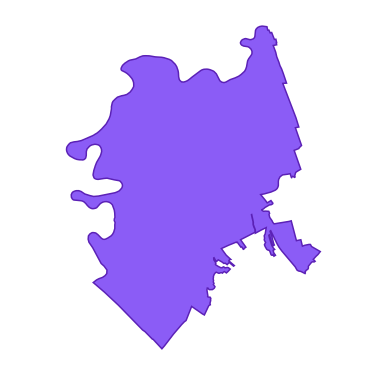 Trifesti, Iasi, Romania (Mercator projection), rotated 257°
{"feature_id": "2599482B92567311589859", "entity_name": "Trifesti", "entity_type": "district", "adm_level": 2, "iso_a3": "ROU", "parent_name": "Romania", "parent_adm1": "Iasi", "projection": "mercator", "projection_center": [27.494, 47.452], "detail": "fine", "context": "isolated", "style": "filled", "palette": "violet", "viewbox_px": 384, "rotation_deg": 257, "n_neighbors": 0, "source": "geoboundaries", "source_scale": "gbopen_adm2", "svg_char_len": 6031}
<svg xmlns="http://www.w3.org/2000/svg" viewBox="0 0 384 384"><g transform="rotate(257 192 192)"><path d="M336.2,302.2L337.6,298.5L337.9,297.5L338.0,295.2L337.5,292.9L336.2,291.0L335.1,290.2L329.5,288.3L328.4,287.6L327.8,286.8L327.4,285.9L327.2,283.6L327.5,282.5L329.4,278.9L329.5,277.8L329.1,275.4L328.5,274.3L326.9,272.9L326.1,272.7L325.0,272.9L324.0,273.4L322.6,275.1L321.0,279.1L320.0,280.3L317.8,281.7L315.5,282.1L313.2,281.5L312.0,280.5L309.1,277.2L307.3,275.7L301.7,273.3L299.6,272.0L297.8,270.4L295.4,266.2L294.3,263.5L293.5,259.7L292.9,254.5L291.5,249.8L291.4,247.8L292.4,245.6L294.3,244.1L301.6,242.3L304.4,240.6L305.3,239.7L307.1,237.1L307.9,235.5L308.4,234.1L308.9,231.2L308.8,229.4L308.3,227.7L303.9,217.8L302.4,214.8L301.5,212.6L301.1,210.5L301.0,208.6L301.7,206.5L303.6,205.2L304.6,204.9L307.2,204.9L311.3,205.6L313.4,205.7L317.4,205.3L320.2,204.4L324.7,201.6L326.4,199.6L329.1,195.0L330.1,192.7L331.9,186.7L334.2,181.2L335.2,177.6L335.7,174.8L335.4,171.8L334.3,167.1L334.4,161.3L334.1,159.5L332.6,155.5L331.0,152.8L329.0,151.1L327.8,150.5L326.7,150.6L326.1,151.0L323.7,153.9L322.0,155.5L319.6,157.2L316.0,159.0L314.1,159.5L311.6,159.7L309.0,159.2L307.7,158.8L305.3,156.6L303.3,154.2L301.7,150.5L301.5,147.5L301.6,145.0L301.2,140.7L299.7,137.9L298.1,135.4L296.9,134.4L293.3,132.7L291.1,132.2L284.9,129.6L282.0,127.7L277.6,123.7L273.8,118.3L272.1,115.4L270.8,112.8L269.2,107.8L267.0,95.7L267.0,91.8L267.4,88.2L267.3,84.6L266.1,82.5L264.3,80.5L263.2,79.8L261.7,79.3L260.2,79.1L258.0,79.4L256.3,80.0L254.5,81.2L251.0,85.1L249.7,87.1L248.8,89.3L247.8,92.9L247.9,94.1L248.4,95.2L249.1,96.1L251.4,97.2L255.1,98.1L256.8,99.0L257.6,99.5L259.4,102.1L260.0,103.3L260.4,104.9L260.4,107.8L260.2,108.7L259.6,110.1L259.0,111.3L258.1,112.2L257.0,112.8L255.6,113.2L253.9,113.4L251.6,113.0L249.0,111.6L247.4,110.5L242.4,105.8L239.5,103.8L235.1,101.2L231.4,99.6L230.4,99.4L228.0,99.7L227.2,100.1L226.3,101.2L225.8,102.2L225.4,103.4L225.0,109.1L224.6,112.3L221.3,119.1L219.3,123.8L218.4,124.6L216.3,125.6L214.9,125.8L213.5,125.6L211.9,124.7L210.8,123.3L209.5,121.4L209.0,119.4L208.6,116.9L209.1,99.9L209.8,95.1L211.6,91.5L214.2,87.1L217.4,84.1L218.7,82.1L219.3,79.7L219.3,78.3L219.1,76.9L218.8,75.9L218.2,75.0L216.5,73.7L214.0,73.3L212.2,73.8L211.4,74.3L210.8,75.0L208.4,82.1L207.7,83.4L206.5,84.7L204.7,85.9L202.4,87.0L200.2,88.4L199.1,89.6L198.3,90.8L198.0,91.8L197.9,92.9L197.9,94.6L198.2,95.7L201.1,99.7L201.8,101.3L202.2,103.1L202.2,104.9L201.8,106.7L201.0,108.4L200.3,109.4L199.1,110.5L197.5,111.5L192.0,112.2L189.1,112.0L184.6,111.2L183.3,110.3L181.7,109.8L179.5,110.2L177.4,109.4L173.9,108.6L170.5,106.7L168.6,105.0L167.4,103.2L166.1,99.6L165.5,97.0L165.6,95.8L166.0,94.7L166.5,94.1L167.7,93.1L171.8,90.6L173.7,89.0L174.5,87.2L174.9,85.6L174.5,84.2L174.0,82.9L172.5,81.2L169.4,80.2L166.2,80.3L160.1,82.7L142.8,87.4L139.5,89.7L135.1,91.6L131.7,90.6L130.0,88.4L128.9,85.5L128.5,81.9L127.8,79.2L126.0,75.4L114.2,84.1L98.3,94.8L68.7,112.8L66.5,114.8L57.5,120.3L57.3,120.9L46.0,127.4L48.3,130.6L57.7,142.0L65.1,152.0L67.3,155.4L68.1,157.3L80.6,165.9L70.9,174.7L69.4,176.4L76.9,182.3L77.7,183.1L78.0,184.5L79.6,184.5L82.0,185.8L82.6,185.7L83.3,186.1L83.7,186.0L84.1,186.4L85.4,186.0L86.0,184.2L86.5,183.7L87.3,184.1L93.2,184.5L95.0,185.3L94.5,186.2L93.7,186.3L92.9,187.0L92.3,190.0L93.2,192.0L94.5,193.1L97.0,192.0L98.0,192.9L99.6,192.5L100.9,193.1L102.6,193.1L103.7,193.6L104.8,193.8L106.8,195.1L108.2,196.8L108.4,197.6L106.8,199.8L106.7,200.3L106.9,201.8L106.7,202.7L106.1,203.5L106.8,204.4L107.2,205.6L105.4,207.3L106.5,209.3L108.3,211.9L110.1,210.4L110.5,209.7L110.7,207.1L111.9,206.1L112.0,205.6L111.5,204.4L111.8,203.0L113.9,200.5L115.9,198.6L116.4,198.6L117.0,199.2L118.7,198.9L121.0,198.0L122.9,198.3L123.0,198.7L120.2,199.5L118.8,200.4L120.0,202.3L116.9,205.6L115.2,207.0L115.2,208.3L113.3,209.9L115.0,212.4L110.4,215.8L110.8,216.7L116.6,212.4L117.2,212.9L117.6,213.4L117.6,214.6L122.8,211.1L130.3,207.9L131.9,215.7L133.2,223.8L132.8,224.0L132.9,224.8L127.3,227.2L127.4,228.1L124.6,229.1L124.6,229.3L124.8,229.8L125.3,229.8L125.4,230.0L125.5,230.7L126.1,232.1L134.6,228.6L138.6,244.4L141.6,244.9L143.9,244.4L146.5,244.2L149.3,244.8L156.5,244.8L156.6,245.1L148.8,245.0L146.5,244.4L140.9,245.2L137.6,244.5L139.4,251.0L140.6,256.3L134.7,253.9L133.1,252.5L130.6,252.3L129.5,251.7L128.3,251.7L126.4,252.4L124.3,250.7L122.3,251.0L119.4,251.9L118.5,252.7L117.8,254.0L116.9,254.5L113.2,254.9L112.6,255.3L112.3,256.0L112.7,256.9L111.0,257.4L111.6,259.1L114.4,258.0L116.7,257.9L117.0,258.0L117.4,259.6L119.5,258.5L122.1,257.7L130.1,257.1L132.6,257.1L132.9,257.9L123.1,258.4L121.3,258.9L121.8,260.3L123.3,260.0L131.6,259.8L136.0,259.2L136.3,259.3L136.6,260.0L122.2,263.3L118.8,264.3L114.6,266.1L95.9,275.7L92.2,276.8L91.1,278.0L90.1,280.2L87.1,283.8L87.5,284.2L89.0,284.3L89.2,284.8L90.2,285.9L90.5,287.2L90.9,287.7L91.7,288.3L93.3,288.6L93.7,288.9L96.6,292.7L96.9,293.9L96.5,294.8L96.4,295.4L96.8,296.4L99.1,295.0L101.5,298.5L102.7,300.6L105.1,303.6L112.0,296.2L114.2,295.6L114.6,294.3L114.7,290.6L114.7,289.6L114.4,287.4L121.0,287.3L121.1,282.8L141.6,282.2L141.5,280.0L142.5,264.8L144.2,263.9L146.1,263.5L149.8,262.0L152.9,262.0L153.7,262.8L155.9,262.5L156.9,259.1L157.1,257.4L158.4,256.0L159.0,256.0L159.4,257.7L160.5,259.7L162.0,264.5L161.8,266.2L162.0,267.2L162.2,267.4L162.3,267.9L162.9,268.3L165.9,267.0L164.5,262.8L166.8,261.9L174.1,258.3L173.9,261.7L174.2,269.0L175.0,273.4L175.7,275.0L176.4,275.9L177.6,276.9L178.9,277.6L183.2,278.6L184.8,279.3L187.0,281.2L188.3,284.1L187.8,289.5L187.8,291.7L183.8,292.1L183.6,292.3L183.9,292.5L184.6,293.7L184.3,294.2L183.2,295.1L183.2,295.5L183.6,295.8L184.8,295.8L187.7,297.4L188.3,298.7L189.7,303.1L209.6,300.9L210.3,305.9L211.0,306.4L212.7,309.2L231.4,307.2L231.3,310.7L240.8,310.0L277.4,304.9L276.8,308.6L287.0,307.6L291.7,307.0L295.5,306.1L298.7,305.9L304.7,305.0L309.4,305.0L316.5,304.1L316.4,307.6L318.3,307.6L318.4,308.1L322.0,308.1L322.1,306.6L329.5,305.5L329.4,304.0L332.5,303.3L332.5,302.5L332.8,302.2L336.2,302.2Z" fill="#8b5cf6" stroke="#5b21b6" stroke-width="1.5"/></g></svg>